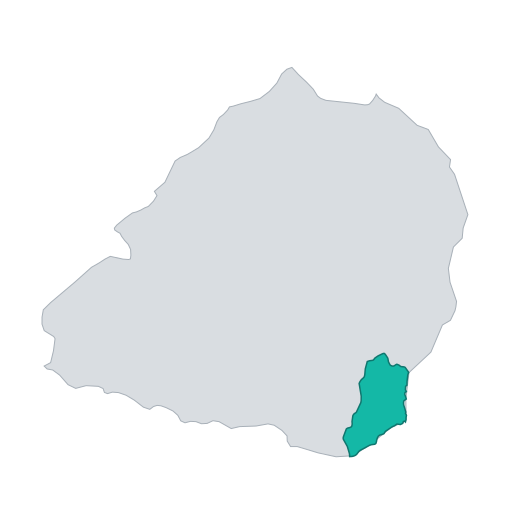 Colonia highlighted on a map of Uruguay, rotated 276°
{"feature_id": "URY-4", "entity_name": "Colonia", "entity_type": "Department", "adm_level": 1, "iso_a3": "URY", "parent_name": "Uruguay", "parent_adm1": "", "projection": "mercator", "projection_center": [-57.607, -34.127], "detail": "fine", "context": "in_parent", "style": "filled", "palette": "teal", "viewbox_px": 512, "rotation_deg": 276, "n_neighbors": 0, "source": "natural_earth", "source_scale": "10m", "svg_char_len": 3481}
<svg xmlns="http://www.w3.org/2000/svg" viewBox="0 0 512 512"><g transform="rotate(276 256 256)"><path d="M429.6,358.6L426.1,361.8L422.3,367.9L417.8,382.5L402.8,402.6L399.8,414.1L383.6,426.0L372.2,439.4L364.7,439.1L358.0,444.9L319.3,462.4L305.5,459.1L295.2,459.2L285.6,451.4L263.8,448.6L250.2,451.7L231.8,460.2L226.3,460.1L222.3,459.6L212.4,456.1L206.9,448.6L178.7,440.0L156.0,420.3L129.1,420.0L108.6,422.5L105.4,419.9L103.3,414.9L99.1,407.7L81.4,390.4L67.5,373.3L64.7,356.6L66.7,338.4L70.8,316.9L70.1,310.3L75.2,306.4L80.3,305.7L85.2,300.1L89.6,291.8L90.3,285.5L86.9,273.8L84.6,257.5L81.8,249.4L87.4,236.6L87.7,230.4L84.4,224.9L83.5,219.3L85.0,213.6L84.7,208.1L82.7,202.8L84.2,198.4L89.4,194.9L93.2,189.6L95.8,182.5L97.1,177.1L97.1,173.3L95.6,169.8L92.4,166.4L93.9,159.8L100.0,149.9L104.0,141.2L105.8,133.5L105.6,127.4L103.6,122.7L104.5,119.5L108.2,117.8L109.9,112.9L109.3,100.6L105.5,90.5L108.4,82.5L117.0,73.2L121.4,65.7L121.8,60.1L124.4,56.8L128.5,62.9L140.6,64.5L152.8,64.8L154.8,63.2L159.6,53.2L165.9,50.3L172.8,49.6L180.3,50.1L188.3,56.7L211.0,78.5L227.6,93.6L232.7,100.7L237.1,106.1L240.4,111.1L239.0,124.1L239.2,129.8L240.0,131.4L243.7,131.5L249.4,130.6L254.1,127.8L257.8,123.7L261.5,120.3L264.4,118.4L265.5,115.7L267.1,112.8L268.9,112.2L272.2,114.3L279.9,121.8L285.9,128.6L287.4,132.6L289.7,136.7L292.2,140.2L294.0,143.7L299.8,148.3L305.7,151.2L309.7,148.2L319.8,157.7L342.0,165.6L346.1,170.4L349.9,177.2L357.7,187.6L368.4,196.9L377.1,200.9L385.4,203.1L390.0,205.2L393.2,208.7L398.3,212.6L401.5,214.0L402.6,217.5L405.8,225.0L409.3,234.6L413.0,243.5L421.1,252.1L430.2,258.7L439.7,262.5L445.0,267.2L447.3,272.0L440.9,279.2L434.0,288.3L427.9,295.5L421.5,300.5L419.5,303.9L418.1,309.3L418.1,337.7L417.6,348.3L418.1,351.1L419.0,353.0L422.9,355.8L427.7,358.2L429.6,358.6Z" fill="#d9dde1" stroke="#a8b0b8" stroke-width="1"/><path d="M156.2,420.0L153.7,419.4L147.2,419.3L143.3,419.6L142.0,418.4L138.7,418.5L136.8,419.7L135.9,418.5L134.1,418.3L132.1,419.3L129.5,420.4L127.3,418.1L125.4,418.0L123.3,418.4L120.4,419.7L116.4,421.3L115.1,421.1L113.3,422.3L111.2,422.1L109.1,422.3L106.7,422.0L107.4,421.3L106.8,419.9L104.8,419.3L103.5,417.2L103.6,413.7L101.8,411.7L100.4,409.3L95.1,403.0L92.7,401.8L91.9,400.5L90.7,397.6L89.5,396.4L87.7,395.7L85.8,395.3L84.1,395.2L82.1,394.8L81.2,393.8L80.4,390.5L79.6,388.7L73.5,379.8L72.2,378.6L69.5,377.0L68.3,375.9L67.3,374.2L66.7,372.5L66.3,370.1L68.7,369.7L69.7,369.4L76.2,366.7L82.9,362.0L84.1,361.7L85.3,361.8L93.4,363.9L93.8,364.3L94.3,364.9L94.5,365.3L94.8,366.1L95.1,367.0L95.3,367.4L95.7,368.1L95.9,368.4L96.2,368.7L96.4,368.8L96.7,369.0L97.3,369.1L98.0,369.2L99.3,369.2L101.4,368.8L107.1,369.0L107.8,369.2L108.8,369.7L109.3,370.1L109.7,370.4L109.8,370.7L109.9,370.8L109.8,370.7L110.3,371.3L110.6,371.7L111.3,372.2L121.2,375.6L123.2,375.7L127.6,375.3L140.0,371.9L141.3,372.3L142.8,373.0L144.2,373.8L145.4,375.0L146.8,376.1L147.2,376.3L149.2,376.6L155.2,376.5L162.7,377.7L163.7,379.9L164.3,382.4L164.6,383.2L164.9,383.7L165.3,384.0L166.5,384.6L167.0,385.0L169.4,387.8L172.0,392.0L172.4,392.9L172.5,393.5L172.5,393.8L172.4,394.0L172.2,394.2L171.7,394.9L168.5,397.5L168.2,397.7L167.7,397.9L164.6,398.8L163.5,399.5L161.7,400.7L161.4,401.2L161.1,401.8L160.8,402.9L160.8,403.7L160.9,404.2L161.1,404.6L161.3,405.0L162.7,406.7L163.0,407.2L163.0,407.8L162.4,409.6L162.1,410.3L161.6,410.8L161.2,411.7L161.2,412.7L161.2,414.4L161.1,415.2L160.9,415.8L160.7,416.1L156.2,420.0L156.2,420.0Z" fill="#14b8a6" stroke="#0f766e" stroke-width="1.5"/></g></svg>